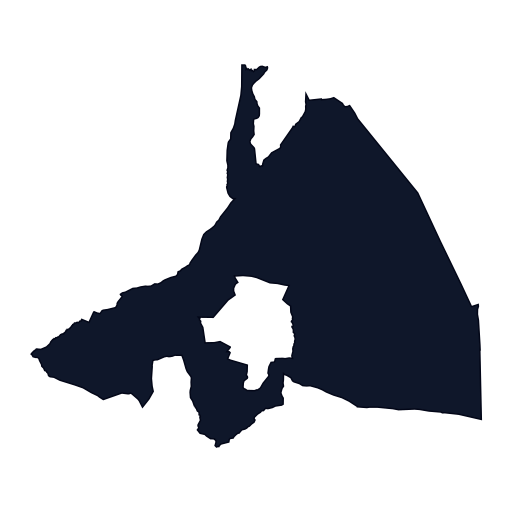 the district of Babati, Manyara, United Republic of Tanzania
{"feature_id": "72390352B12207219772126", "entity_name": "Babati", "entity_type": "district", "adm_level": 2, "iso_a3": "TZA", "parent_name": "United Republic of Tanzania", "parent_adm1": "Manyara", "projection": "albers", "projection_center": [35.708, -4.024], "detail": "fine", "context": "isolated", "style": "filled", "palette": "ink", "viewbox_px": 512, "rotation_deg": 0, "n_neighbors": 0, "source": "geoboundaries", "source_scale": "gbopen_adm2", "svg_char_len": 6018}
<svg xmlns="http://www.w3.org/2000/svg" viewBox="0 0 512 512"><path d="M227.2,150.3L226.9,160.8L227.9,165.2L227.9,167.9L227.1,170.2L227.8,172.0L227.2,173.2L227.8,174.6L227.3,177.7L227.7,179.0L227.4,181.5L227.8,183.2L227.0,184.7L227.3,185.7L226.7,186.7L226.7,187.6L228.1,193.2L230.0,196.4L232.8,198.6L235.0,198.6L231.0,202.8L227.7,207.9L220.6,216.8L218.9,220.1L216.7,222.1L215.3,224.8L214.1,226.3L210.1,229.5L206.5,231.8L203.8,234.5L201.9,239.2L199.3,250.1L198.1,252.5L195.8,255.0L192.2,259.9L190.1,263.1L189.8,264.2L188.8,265.3L187.6,265.7L185.5,267.2L181.8,269.2L180.3,270.9L178.1,271.8L177.6,274.5L176.0,276.2L170.9,277.5L165.0,279.9L163.2,280.9L161.0,282.7L157.9,284.1L154.7,283.9L151.1,286.1L147.9,286.4L145.4,286.2L140.5,287.0L136.9,288.1L132.9,288.4L125.4,292.2L122.4,292.9L120.4,294.3L120.8,295.1L122.2,296.1L122.3,296.5L118.1,301.7L117.2,303.3L117.1,305.1L115.6,307.6L107.6,309.6L103.3,310.2L102.1,310.7L100.1,313.6L97.3,313.1L94.1,311.8L93.7,312.1L89.0,322.4L81.7,319.4L80.9,321.1L79.9,321.1L78.6,322.7L77.1,322.3L75.8,323.0L74.5,323.0L73.3,324.7L72.7,324.6L72.3,325.7L71.7,325.9L71.6,326.4L70.0,328.0L69.9,328.5L67.4,329.7L67.1,329.5L66.8,330.1L66.2,330.3L65.5,331.9L63.9,333.2L64.0,333.7L63.7,334.0L62.3,333.9L60.6,334.7L58.7,336.9L57.8,337.0L57.4,337.6L55.8,337.7L55.0,338.8L54.0,338.6L53.5,339.4L52.8,339.5L50.8,341.9L50.0,343.7L46.5,347.0L40.9,349.4L38.3,349.2L37.7,349.5L37.0,348.9L36.0,349.3L35.7,350.0L34.9,350.3L34.6,350.9L33.9,351.0L31.0,354.1L30.7,353.9L31.9,354.6L33.1,356.7L35.7,357.4L37.4,357.4L38.8,358.3L39.6,360.6L41.6,364.5L41.8,366.2L43.7,368.1L44.7,370.5L46.6,371.3L46.8,372.2L47.9,373.2L48.5,375.4L49.2,376.2L50.1,376.7L54.0,377.2L59.9,380.2L75.0,384.9L83.2,387.8L91.4,392.6L97.7,395.6L99.4,397.0L103.3,399.5L121.8,393.0L128.2,393.8L129.5,393.6L130.4,393.0L131.8,393.7L137.8,398.9L139.2,400.6L142.5,407.1L148.9,399.0L153.2,391.4L152.1,386.3L151.4,378.5L152.2,366.6L152.1,365.3L152.9,360.5L154.8,359.9L157.5,359.7L164.2,356.8L166.9,356.2L168.4,356.6L169.7,356.6L172.4,356.1L174.8,355.2L181.9,355.3L183.7,360.2L186.1,368.7L187.3,371.6L191.0,376.6L191.4,378.0L191.1,382.2L191.3,386.4L190.3,390.3L190.1,392.3L190.5,397.6L192.7,401.0L194.4,405.9L195.0,406.2L195.5,407.6L196.4,408.5L197.3,410.9L199.1,412.3L199.1,414.8L199.6,414.9L200.2,415.7L200.0,416.2L200.3,416.4L200.2,417.4L199.9,417.6L200.5,420.3L198.1,424.8L198.0,425.9L198.7,427.3L198.6,428.2L197.4,429.9L200.1,433.3L204.9,434.4L206.5,436.0L210.6,438.7L214.4,438.8L214.3,439.2L215.7,440.3L216.1,441.9L215.1,445.6L216.5,447.0L218.2,446.4L218.8,446.6L219.5,445.4L221.0,444.0L228.8,442.0L229.2,439.5L230.0,438.5L233.2,438.0L233.9,436.7L235.8,434.8L237.8,433.2L239.0,433.1L241.7,429.9L245.0,429.0L246.8,428.0L247.7,426.9L249.4,426.1L251.5,424.0L254.0,422.2L255.0,420.0L254.0,418.9L254.4,417.2L257.5,414.1L260.5,412.2L261.5,410.8L263.5,410.6L265.5,408.3L267.9,408.6L269.2,408.3L272.4,407.5L275.4,406.0L281.6,405.1L283.1,404.2L283.2,398.1L282.1,396.3L281.0,393.5L280.9,392.3L282.0,388.4L283.5,386.2L283.0,383.0L283.4,379.8L283.5,373.5L284.8,374.6L286.8,375.3L290.9,377.7L292.5,380.8L293.9,381.8L299.5,383.6L302.7,385.6L306.4,385.9L310.2,385.7L317.8,387.8L322.3,389.7L326.2,391.9L333.6,395.0L342.0,397.6L349.1,401.1L357.4,406.5L357.4,406.8L366.9,407.5L369.5,407.1L377.3,407.1L392.8,408.6L398.6,409.7L414.5,409.0L419.6,409.4L428.9,411.0L440.8,412.0L442.4,412.8L444.8,412.7L458.7,414.2L481.3,419.4L479.8,350.2L480.1,350.1L479.9,345.0L478.4,320.2L477.4,314.3L477.5,309.4L478.4,306.3L478.2,304.5L471.8,306.6L471.4,306.5L461.2,284.6L440.2,241.2L417.7,192.9L357.6,118.8L354.7,113.1L349.6,105.6L347.3,106.6L344.7,106.7L342.8,104.4L342.5,103.5L333.8,97.7L330.4,98.8L326.1,99.4L321.4,99.7L321.3,99.0L309.2,100.3L306.0,94.0L305.6,101.8L306.1,104.4L305.7,106.3L305.8,109.1L305.3,111.6L302.3,117.1L301.4,117.5L299.2,121.6L295.7,124.3L295.3,125.7L294.6,126.7L293.2,126.3L292.5,127.8L280.6,144.9L280.7,147.5L279.3,148.7L271.7,152.8L268.4,157.0L265.9,158.5L263.9,160.1L262.7,164.1L262.7,165.8L262.1,166.3L261.2,165.8L260.4,166.5L259.7,166.6L258.5,164.5L256.4,164.0L256.0,163.5L254.5,148.8L254.0,147.7L250.6,144.1L249.8,141.7L250.8,138.9L252.6,136.8L254.1,134.5L253.7,130.9L253.9,126.3L253.3,123.8L253.6,119.7L254.0,119.0L256.7,118.3L258.1,117.5L259.2,115.8L259.4,113.9L259.4,108.1L257.7,105.8L257.0,103.7L256.8,101.6L254.9,99.4L254.3,96.7L252.8,93.9L251.8,90.7L251.4,87.8L252.4,85.0L253.6,83.5L255.7,81.3L259.1,78.7L263.7,73.8L264.5,72.2L266.8,70.0L267.4,68.5L267.5,67.3L267.3,66.8L265.4,67.4L262.2,66.3L260.5,66.5L259.2,67.2L256.7,69.6L254.4,69.5L254.4,70.7L253.4,71.6L252.2,70.4L251.4,70.6L251.0,69.2L249.6,70.2L248.4,68.9L247.4,69.4L246.8,68.5L246.0,69.3L245.6,66.0L244.9,65.0L241.9,65.0L241.7,86.7L240.9,95.4L235.4,120.2L234.8,124.1L233.4,128.2L230.9,132.7L230.7,139.0L228.6,141.8L228.2,143.0L227.2,150.3ZM243.0,275.5L251.5,276.2L256.7,277.5L270.0,282.8L277.4,283.4L284.7,285.0L289.1,285.5L282.8,299.6L287.4,303.8L290.6,306.0L290.9,312.2L292.8,317.0L292.4,318.2L292.7,319.7L291.5,321.2L291.4,321.8L292.5,322.6L292.5,323.4L293.4,325.2L292.9,326.2L292.0,326.4L292.0,327.1L293.1,328.8L293.4,330.4L293.3,332.3L294.8,333.8L294.2,335.8L295.1,337.8L295.1,339.8L294.6,341.2L294.9,342.3L294.0,344.0L293.9,345.8L293.2,346.8L292.8,348.9L293.0,351.3L291.9,355.4L291.9,356.2L292.6,358.4L289.2,358.0L285.1,358.7L282.7,358.4L275.8,358.6L275.3,358.9L274.8,361.2L274.3,362.1L271.1,362.4L269.0,366.6L268.5,369.2L268.0,373.1L269.0,375.0L268.6,376.4L263.2,383.1L260.6,387.7L259.8,388.5L257.3,390.1L256.3,389.9L255.6,390.4L254.3,390.7L247.0,390.5L245.5,389.3L244.0,388.7L243.0,387.5L243.3,383.0L244.0,380.8L247.2,378.3L247.5,377.5L247.3,376.4L246.3,375.2L247.1,371.7L247.3,365.1L230.5,360.2L227.6,358.9L230.1,352.7L229.3,351.8L226.9,351.7L230.2,347.4L230.2,347.0L220.1,341.6L214.4,342.7L205.1,342.9L202.8,327.4L200.5,323.1L200.7,321.2L199.4,319.9L199.9,318.2L198.8,317.9L198.2,317.1L213.2,317.3L228.1,300.0L235.1,295.0L233.6,291.1L233.6,288.2L235.2,284.5L236.0,283.6L237.8,282.4L235.1,278.0L234.4,276.0L243.0,275.5Z" fill="#0f172a" stroke="#020617" stroke-width="1.5"/></svg>